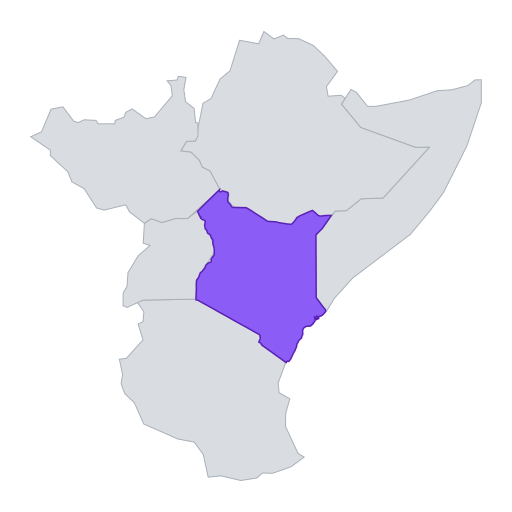 Kenya highlighted, orthographic projection
{"feature_id": "KEN", "entity_name": "Kenya", "entity_type": "country or territory", "adm_level": 0, "iso_a3": "KEN", "parent_name": "Africa", "parent_adm1": "", "projection": "orthographic", "projection_center": [37.674, 0.4], "detail": "fine", "context": "with_neighbors", "style": "filled", "palette": "violet", "viewbox_px": 512, "rotation_deg": 0, "n_neighbors": 5, "source": "natural_earth", "source_scale": "50m", "svg_char_len": 5257}
<svg xmlns="http://www.w3.org/2000/svg" viewBox="0 0 512 512"><path d="M196.1,299.1L260.5,335.5L261.6,345.4L285.9,362.3L278.1,383.1L279.1,392.7L289.8,398.8L285.7,413.4L285.5,426.5L298.1,453.5L304.2,457.1L290.9,466.8L272.6,473.3L262.6,473.0L256.7,478.0L240.8,480.5L220.7,475.8L208.2,477.2L203.3,454.5L194.2,442.1L177.8,439.0L143.8,424.0L134.4,402.8L124.6,393.4L121.1,383.6L122.6,374.8L119.4,359.2L126.3,358.4L143.0,339.9L138.1,323.9L143.0,321.7L143.9,311.8L137.2,302.2L143.1,300.1L196.1,299.1Z" fill="#d9dde1" stroke="#a8b0b8" stroke-width="1"/><path d="M316.4,297.5L316.1,235.6L335.4,211.0L346.3,210.7L361.2,198.8L383.1,198.0L429.3,147.3L415.4,147.4L360.6,127.5L341.5,104.2L351.0,89.4L356.5,92.4L367.5,106.3L375.7,106.4L409.1,100.1L437.3,90.7L451.8,89.8L467.7,85.6L475.1,79.9L481.3,79.8L481.3,102.9L466.9,145.9L443.7,192.2L429.7,211.2L410.3,234.4L352.7,278.0L334.2,298.5L326.4,311.5L316.4,297.5Z" fill="#d9dde1" stroke="#a8b0b8" stroke-width="1"/><path d="M429.3,147.3L383.1,198.0L361.2,198.8L346.3,210.7L335.4,211.0L330.9,216.4L319.3,216.4L312.5,210.7L297.0,217.8L292.0,224.8L267.6,221.8L246.2,207.4L234.4,207.4L228.6,201.9L228.7,192.4L219.9,189.5L210.0,171.1L202.3,167.2L199.4,160.5L191.0,152.2L180.7,151.0L186.5,141.4L195.4,141.0L203.0,103.3L211.0,98.6L220.0,79.1L230.0,70.8L239.6,40.3L258.7,43.8L263.9,31.5L273.9,38.9L283.5,35.1L287.5,38.5L298.7,38.7L313.1,45.3L324.8,56.3L337.5,71.4L326.4,86.6L328.1,96.2L341.3,95.3L345.1,98.3L341.5,104.2L360.6,127.5L415.4,147.4L429.3,147.3Z" fill="#d9dde1" stroke="#a8b0b8" stroke-width="1"/><path d="M196.1,299.1L143.1,300.1L127.1,307.4L123.0,305.7L123.2,292.9L127.0,286.4L128.0,272.7L138.0,256.0L150.0,245.5L143.2,243.2L144.4,223.3L151.3,218.7L162.0,222.5L175.6,218.5L187.5,218.6L197.9,210.8L205.9,222.6L215.3,250.6L195.9,281.1L196.1,299.1Z" fill="#d9dde1" stroke="#a8b0b8" stroke-width="1"/><path d="M144.4,223.3L129.6,212.0L125.7,204.8L104.1,210.1L96.6,208.0L84.2,188.7L71.9,181.9L67.9,171.8L50.4,155.7L50.4,150.2L30.7,136.8L41.5,131.8L51.1,109.1L62.9,106.8L73.7,121.2L78.2,122.6L84.2,119.8L96.0,120.4L98.2,123.8L114.7,123.8L115.3,120.4L124.0,117.2L125.8,112.3L132.1,108.9L145.9,118.7L154.5,117.0L172.3,95.7L171.0,85.7L167.1,80.8L177.1,80.0L178.3,76.3L186.0,77.4L183.8,89.7L185.6,101.8L194.1,108.4L195.6,122.5L197.9,122.8L198.0,135.9L195.4,141.0L186.5,141.4L180.7,151.0L191.0,152.2L199.4,160.5L202.3,167.2L210.0,171.1L219.9,189.5L187.5,218.6L175.6,218.5L162.0,222.5L151.3,218.7L144.4,223.3Z" fill="#d9dde1" stroke="#a8b0b8" stroke-width="1"/><path d="M196.1,300.0L196.0,297.1L196.4,289.7L196.4,283.2L196.7,280.0L198.3,277.9L199.1,276.4L199.6,274.4L200.4,272.7L202.3,271.3L202.7,270.5L204.7,268.2L205.9,265.2L206.8,264.2L207.9,263.3L208.7,262.8L210.0,262.3L211.1,262.0L211.2,261.8L211.3,261.3L211.0,259.5L211.4,258.9L212.1,257.6L212.9,256.5L213.7,255.8L214.1,255.0L214.3,253.7L214.3,252.8L214.3,251.3L214.1,247.9L213.2,245.1L212.7,241.9L213.1,240.8L212.4,239.0L212.1,238.9L211.6,238.4L210.9,236.7L210.3,235.1L210.0,234.7L207.7,233.3L206.6,230.0L205.4,229.2L204.7,225.9L204.6,225.0L205.3,221.7L205.2,221.0L204.5,220.3L202.3,219.5L200.6,218.2L200.8,217.7L201.0,217.2L200.1,216.9L197.5,211.3L200.9,207.9L204.3,204.5L208.7,200.2L212.8,196.2L216.3,192.8L219.4,189.8L219.3,190.3L219.3,191.1L219.7,191.6L220.3,191.9L221.2,191.6L222.0,191.1L222.8,191.0L227.4,192.3L228.2,193.4L228.2,194.6L228.4,195.4L228.0,196.3L227.6,198.9L227.7,201.3L229.1,203.1L230.4,204.5L231.4,206.5L232.1,207.1L233.1,207.4L236.3,207.5L241.1,207.6L245.7,207.7L246.1,207.8L247.0,208.1L251.3,210.7L255.1,213.2L258.4,215.3L261.6,217.3L264.7,219.3L267.0,221.0L269.4,221.5L273.2,221.7L275.9,221.8L278.3,222.5L282.0,223.2L284.7,223.5L286.4,223.9L290.9,224.3L291.7,224.0L293.7,222.2L295.9,219.2L296.8,217.6L299.7,215.9L304.8,213.6L308.4,212.0L312.4,210.4L314.2,211.8L316.7,214.1L317.9,215.2L318.8,215.7L320.1,216.0L321.8,216.0L322.7,215.9L324.5,215.6L328.9,215.4L331.3,215.4L329.3,218.4L326.8,222.0L322.2,228.6L318.7,232.0L316.1,234.7L315.9,235.1L315.9,238.1L315.9,245.2L316.0,259.5L316.1,273.8L316.1,288.2L316.2,295.3L316.2,297.7L318.5,300.7L320.7,303.7L323.7,307.6L325.4,309.6L325.6,310.3L325.5,311.7L323.1,314.6L321.0,316.0L318.3,316.6L317.5,316.5L316.4,316.1L316.0,316.8L315.7,317.9L315.1,317.6L314.6,317.3L314.9,319.2L315.2,320.2L314.8,321.5L313.4,322.6L313.3,323.6L310.4,326.1L306.4,326.3L304.2,327.6L303.3,328.6L302.6,330.8L302.8,334.2L301.7,336.8L301.5,338.1L299.4,339.8L298.4,341.4L297.7,343.0L297.1,343.6L296.4,347.2L295.4,349.3L295.2,350.1L294.9,350.7L294.2,352.0L293.7,352.8L293.3,353.4L290.8,358.9L288.9,361.4L287.4,361.1L286.4,362.1L286.3,362.5L285.7,362.3L284.5,361.4L281.9,359.5L279.3,357.6L276.7,355.8L274.1,353.9L271.5,352.0L268.9,350.2L266.3,348.3L263.7,346.4L262.1,345.3L261.5,344.7L260.9,343.4L260.7,343.0L260.0,342.6L259.2,342.5L258.9,342.3L259.0,341.7L259.2,340.8L260.2,339.1L260.3,338.1L260.1,336.9L259.8,335.1L259.5,334.6L257.8,333.7L254.2,331.7L250.6,329.6L247.0,327.6L243.3,325.6L239.7,323.6L236.1,321.6L232.5,319.6L228.9,317.5L225.3,315.5L221.6,313.5L218.0,311.5L214.4,309.4L210.8,307.4L207.2,305.4L203.5,303.4L199.9,301.4L198.6,300.6L197.3,300.0L196.1,300.0ZM316.4,319.6L315.8,319.7L316.1,318.8L317.9,317.5L318.7,317.8L318.9,318.1L318.8,318.3L318.5,318.6L316.4,319.6Z" fill="#8b5cf6" stroke="#5b21b6" stroke-width="1.5"/></svg>